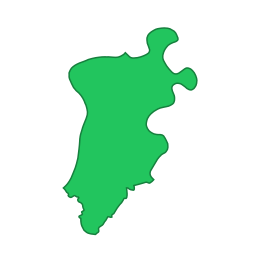 Tan Tru, Long An, Vietnam (Albers equal-area conic projection), rotated 243°
{"feature_id": "81297802B79980761269040", "entity_name": "Tan Tru", "entity_type": "district", "adm_level": 2, "iso_a3": "VNM", "parent_name": "Vietnam", "parent_adm1": "Long An", "projection": "albers", "projection_center": [106.499, 10.529], "detail": "fine", "context": "isolated", "style": "filled", "palette": "green", "viewbox_px": 256, "rotation_deg": 243, "n_neighbors": 0, "source": "geoboundaries", "source_scale": "gbopen_adm2", "svg_char_len": 4400}
<svg xmlns="http://www.w3.org/2000/svg" viewBox="0 0 256 256"><g transform="rotate(243 128 128)"><path d="M53.6,43.9L52.5,44.7L51.0,46.3L50.2,47.3L49.3,48.7L48.3,50.1L48.0,50.5L48.0,50.8L48.1,51.5L48.3,51.9L48.5,53.0L48.6,53.9L48.7,54.3L48.9,54.7L49.2,55.0L49.7,55.3L50.6,55.6L51.8,56.1L52.3,56.7L52.6,57.2L52.8,57.6L52.8,58.6L53.0,59.8L53.1,60.9L53.5,62.1L55.1,64.6L55.8,66.3L57.0,68.1L58.1,69.8L57.5,70.7L56.2,72.2L56.0,73.2L57.1,73.6L57.8,74.2L58.1,74.9L58.1,75.8L58.2,76.5L60.0,79.4L61.6,82.0L62.4,83.6L63.5,85.9L64.4,88.4L65.6,90.4L66.9,92.3L67.0,92.5L66.9,92.9L66.4,93.8L66.2,94.2L66.3,94.7L66.7,95.3L68.3,96.5L70.0,97.4L73.2,98.7L75.3,99.5L74.9,100.3L74.7,100.6L72.9,101.5L71.6,102.6L70.8,103.8L70.3,104.3L70.1,104.9L70.2,105.3L70.8,105.9L71.8,106.4L73.1,106.9L74.1,107.1L73.8,108.4L73.2,111.0L72.1,116.4L71.7,118.8L71.3,119.9L70.1,121.1L69.7,121.4L69.3,121.9L69.1,122.4L69.1,122.6L69.3,124.0L69.5,125.2L70.0,126.7L70.3,127.5L72.5,126.8L74.4,126.4L76.1,126.5L77.8,127.1L79.4,128.4L81.1,131.0L83.7,135.1L86.9,140.2L88.2,143.1L88.6,144.6L88.9,145.1L89.1,146.3L89.2,147.1L89.2,148.9L89.3,150.1L89.5,150.7L89.8,151.4L90.1,151.9L91.0,153.4L92.6,154.7L93.8,155.3L95.2,155.9L95.8,156.2L97.1,156.3L99.1,156.4L102.0,156.4L104.8,156.1L106.2,155.3L107.5,153.7L108.9,151.0L110.7,148.7L112.0,147.6L114.2,146.2L116.2,145.4L118.5,145.1L120.5,145.2L122.4,145.6L124.2,146.6L126.2,148.2L126.4,148.4L127.5,149.5L129.1,152.0L130.1,154.4L130.7,156.8L131.1,158.7L131.4,162.9L131.2,165.8L130.4,169.1L129.6,172.0L129.1,174.0L129.0,175.3L129.0,175.8L129.0,176.9L129.1,178.1L129.3,179.1L129.4,179.3L129.7,180.1L130.6,181.1L131.6,182.0L133.2,182.9L134.5,183.5L136.0,183.9L138.0,184.1L140.6,184.3L142.7,184.8L143.8,185.2L144.9,186.1L145.5,187.0L145.9,188.2L146.0,189.2L146.0,190.7L145.8,191.5L145.4,192.5L144.6,193.7L143.5,195.0L142.1,195.9L138.7,197.6L136.4,198.5L134.7,199.7L133.8,200.6L133.2,201.7L133.1,202.4L133.1,203.2L133.3,204.7L134.3,206.7L135.1,207.9L136.7,209.4L139.2,211.0L141.3,211.7L144.1,212.1L147.0,212.1L149.9,211.5L151.9,210.7L152.9,210.0L153.4,209.5L154.2,208.7L154.5,208.2L154.9,207.3L155.0,206.4L154.9,205.1L154.2,201.0L153.8,198.1L154.0,196.2L154.7,194.7L155.5,193.7L157.2,192.7L159.1,192.1L162.1,191.3L165.6,190.6L168.6,190.4L171.7,190.3L173.5,190.5L175.1,191.0L177.1,192.1L179.5,194.3L181.0,196.2L182.0,197.9L182.9,199.8L183.5,201.4L183.8,204.1L183.7,206.9L183.4,208.9L183.3,210.0L183.5,211.5L183.8,212.2L183.9,212.4L184.5,212.9L185.1,213.1L186.0,213.4L186.8,213.4L188.9,213.6L191.0,213.6L193.1,213.1L194.6,212.2L197.3,210.4L198.8,208.7L200.6,205.8L201.8,203.0L202.6,200.7L203.0,199.3L203.3,197.7L203.3,196.4L203.3,195.4L203.2,193.9L203.0,192.1L202.8,191.1L202.1,188.9L201.3,187.6L199.6,185.8L197.7,184.8L194.7,183.7L191.2,183.3L187.9,182.8L187.0,182.3L185.8,181.1L185.4,180.1L185.1,177.7L185.2,174.7L185.6,171.5L186.4,168.2L187.6,165.2L188.1,164.1L189.3,162.6L190.7,161.7L192.8,161.0L196.3,159.8L195.5,157.7L195.4,156.4L195.3,155.0L195.3,153.7L195.6,151.4L196.5,149.1L197.9,146.7L199.6,143.9L200.5,142.4L200.5,142.2L201.9,139.6L203.1,137.1L204.2,134.2L205.2,131.3L206.2,127.6L207.0,123.7L207.1,121.5L207.4,118.3L207.7,115.9L207.9,114.4L208.0,111.3L207.9,109.1L207.5,106.7L206.9,104.7L205.8,102.9L204.8,101.6L203.8,100.5L202.1,99.7L200.2,98.7L198.3,98.2L196.4,98.1L192.8,97.9L188.7,97.9L187.1,98.3L186.1,98.5L184.8,98.8L181.6,100.1L178.4,100.9L175.0,101.3L172.0,101.3L170.4,101.1L169.5,101.0L167.2,100.9L163.9,100.2L160.7,99.2L158.2,97.7L155.6,95.2L152.8,92.0L150.6,89.5L148.7,87.5L147.9,86.8L144.8,83.8L143.5,82.6L142.2,81.6L140.2,80.2L138.0,78.9L134.7,76.9L131.3,74.7L123.9,69.7L119.4,65.8L116.4,62.9L112.8,58.8L109.5,54.9L109.3,54.7L107.3,51.7L105.7,48.7L104.8,46.4L104.1,44.0L103.9,43.2L101.7,43.9L100.4,44.0L98.6,44.2L97.5,44.7L97.0,45.0L96.2,44.9L95.6,44.7L94.9,44.0L94.0,44.1L92.8,44.8L92.2,45.4L92.0,46.0L92.0,47.1L92.1,48.1L92.2,49.1L92.1,49.5L91.6,50.1L90.9,50.5L89.7,51.3L89.1,52.3L88.4,52.5L88.0,52.4L87.8,51.8L87.3,51.0L86.7,50.6L86.0,50.4L85.0,50.5L84.5,50.7L82.9,52.0L81.3,52.6L80.0,52.6L78.9,52.2L77.9,51.9L76.6,51.7L75.3,51.7L74.8,51.5L74.5,51.0L74.5,50.2L74.4,49.5L74.3,48.7L73.9,48.5L73.5,48.4L72.5,48.4L71.9,48.2L71.8,47.9L71.6,47.1L71.7,45.6L71.6,44.4L71.3,44.1L71.0,44.0L70.4,44.0L69.9,44.2L68.9,44.9L68.1,44.5L67.7,44.4L66.6,43.8L64.7,43.1L62.9,42.6L61.2,42.4L58.9,42.4L56.9,42.4L56.0,42.8L55.0,43.2L53.6,43.9Z" fill="#22c55e" stroke="#15803d" stroke-width="1.5"/></g></svg>